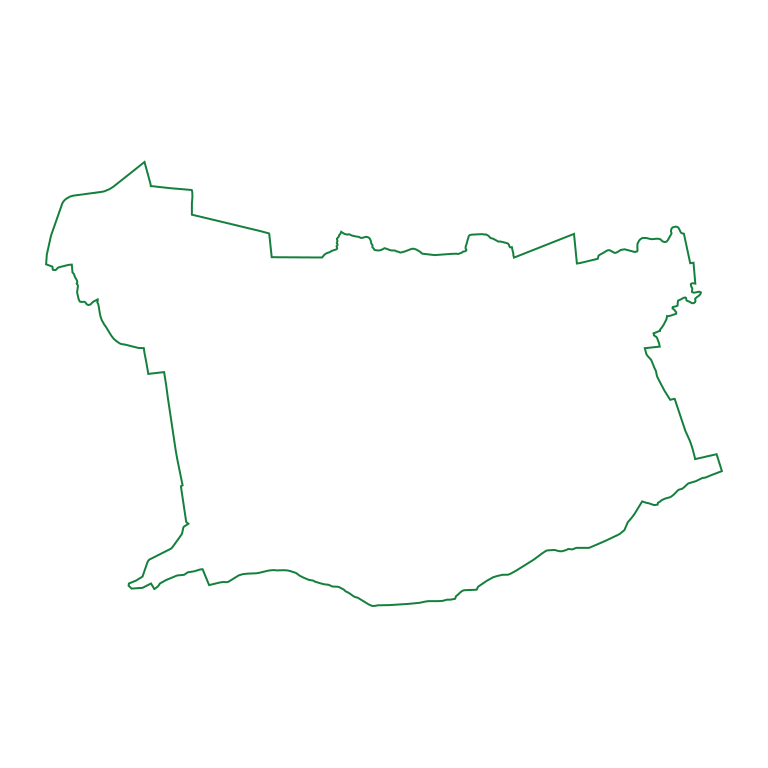 outline of Batar, Bihor, Romania
{"feature_id": "2599482B9759777687605", "entity_name": "Batar", "entity_type": "district", "adm_level": 2, "iso_a3": "ROU", "parent_name": "Romania", "parent_adm1": "Bihor", "projection": "robinson", "projection_center": [21.802, 46.711], "detail": "fine", "context": "isolated", "style": "outline", "palette": "green", "viewbox_px": 768, "rotation_deg": 0, "n_neighbors": 0, "source": "geoboundaries", "source_scale": "gbopen_adm2", "svg_char_len": 6074}
<svg xmlns="http://www.w3.org/2000/svg" viewBox="0 0 768 768"><path d="M154.3,589.0L155.1,588.6L157.8,586.5L158.7,585.4L159.9,583.5L166.0,580.1L176.3,575.8L177.6,575.4L182.5,575.0L184.3,574.7L187.8,572.3L194.2,571.3L200.1,569.5L202.5,569.2L202.9,569.9L209.1,585.1L219.4,582.6L223.0,582.0L226.3,582.2L228.4,581.8L238.7,575.4L243.0,574.1L248.2,573.6L256.1,573.3L259.3,572.8L268.0,570.7L270.8,570.3L273.5,570.1L277.1,570.4L283.9,570.2L287.2,570.4L290.4,571.1L296.1,573.0L299.5,575.6L303.9,577.8L309.0,579.9L313.4,580.6L315.0,581.7L323.6,584.2L328.7,584.8L332.3,586.5L337.5,586.7L339.1,587.1L343.8,589.6L345.6,591.3L348.8,592.9L353.8,596.4L355.9,597.3L357.6,597.6L368.5,604.3L371.7,605.8L373.4,606.0L375.4,605.8L378.0,605.3L389.3,605.1L408.3,603.9L419.6,602.8L425.8,601.5L428.5,601.1L438.7,601.1L441.6,601.0L443.3,600.7L446.9,599.7L450.1,599.7L454.7,598.9L455.1,598.7L456.0,596.3L456.6,595.6L457.5,595.1L460.7,592.0L462.8,590.6L464.5,590.2L475.0,589.8L476.7,589.6L477.9,587.1L478.4,586.5L487.1,580.6L493.3,577.2L496.9,576.1L502.3,574.8L508.0,574.7L510.4,573.8L515.7,570.9L533.8,559.6L542.0,553.5L545.9,550.9L547.3,550.4L554.0,550.0L554.7,550.0L559.2,551.2L561.9,551.3L566.3,550.0L568.2,549.0L572.5,549.4L576.1,547.9L589.0,547.9L604.6,541.2L617.9,534.9L619.5,534.1L624.4,530.1L627.8,522.2L631.8,517.6L634.4,514.1L642.2,501.4L646.0,502.7L648.9,503.3L653.8,505.0L654.9,505.0L657.6,504.6L658.0,502.8L660.3,501.4L661.4,500.3L664.8,498.7L669.7,497.3L671.4,496.5L674.2,494.2L677.9,490.3L679.1,489.6L682.1,488.8L684.3,487.1L687.9,483.7L688.6,483.3L695.8,481.2L701.7,478.3L702.8,477.9L705.4,477.6L711.9,474.9L721.9,471.1L716.6,454.2L695.1,459.1L694.8,457.4L692.5,448.6L691.5,445.5L689.8,440.7L685.3,430.7L674.7,398.9L674.4,398.8L670.2,399.8L664.4,390.6L657.6,377.6L656.8,375.5L656.3,372.7L655.8,370.7L653.9,366.8L653.5,365.5L651.1,359.8L647.6,356.0L646.4,354.2L644.8,348.2L659.7,346.6L659.1,343.4L657.0,337.8L656.3,336.9L654.5,335.8L653.8,335.1L654.1,334.2L653.6,333.3L657.0,332.0L658.5,331.3L660.0,330.9L660.0,329.7L661.9,327.4L663.5,325.0L665.4,321.4L666.6,318.7L667.1,316.0L668.1,316.2L670.8,315.6L676.2,313.7L676.2,312.2L674.7,310.3L673.4,309.0L672.6,308.5L672.6,307.3L672.8,307.0L676.4,306.2L677.6,305.5L677.7,302.9L678.1,300.6L680.6,299.5L683.7,297.8L685.3,297.5L686.0,297.9L686.5,300.3L686.9,300.7L690.1,302.0L691.6,303.0L692.2,303.2L693.8,303.1L695.1,302.1L695.4,301.2L695.4,300.4L695.1,299.1L695.3,298.6L697.0,297.0L698.7,295.9L699.9,294.7L700.8,293.2L700.9,292.4L699.9,291.9L699.3,291.7L694.0,292.7L692.2,292.2L691.9,291.6L692.3,289.3L692.2,288.2L691.1,286.2L690.8,284.3L691.1,283.8L692.2,283.3L693.8,283.3L695.3,283.6L693.5,262.7L690.2,263.2L683.9,233.7L682.1,233.3L681.2,232.8L680.7,232.2L678.8,228.3L678.0,227.4L677.2,226.9L676.4,226.7L675.4,226.7L673.2,227.2L672.5,227.6L671.7,228.5L671.2,229.5L671.0,231.7L671.4,232.7L671.5,233.3L671.1,234.3L668.5,239.0L667.5,240.6L666.5,241.6L665.1,242.0L663.8,241.9L662.2,241.1L660.7,239.5L659.4,238.9L656.7,238.7L653.1,239.1L651.5,239.1L649.9,238.9L646.8,238.1L644.7,237.9L642.9,238.0L641.7,238.3L639.9,239.7L639.0,240.8L637.5,243.8L637.3,247.6L637.5,248.7L637.5,250.5L637.1,251.4L634.8,252.0L624.7,249.3L620.9,249.9L617.0,252.3L615.2,252.9L614.2,252.7L610.3,250.5L609.0,250.2L608.0,250.2L605.5,251.4L604.0,252.5L600.4,254.4L598.6,255.6L597.7,258.8L580.2,263.0L576.9,263.5L574.0,233.9L514.0,257.6L513.4,255.4L513.3,253.4L512.3,249.4L511.9,247.2L510.0,247.3L509.4,246.4L508.8,244.6L507.9,243.5L505.0,242.6L500.8,241.6L500.1,241.5L498.4,241.6L493.3,238.8L490.7,238.0L490.1,237.6L488.5,235.8L485.9,234.4L484.2,234.6L482.9,234.2L481.2,234.2L472.5,234.6L470.8,234.8L469.8,235.1L469.1,235.7L468.7,236.3L468.1,238.6L467.7,239.7L466.4,244.6L465.7,246.2L465.6,248.6L466.4,249.7L466.2,250.6L465.2,251.2L463.1,251.6L461.9,252.6L458.2,254.0L456.4,253.7L451.1,253.9L434.7,255.1L422.5,253.7L421.7,253.3L420.7,252.2L419.6,251.5L416.6,249.7L414.0,248.8L413.2,248.7L411.5,248.9L404.4,251.6L400.9,252.5L400.1,252.5L397.6,251.5L396.3,251.3L394.8,250.5L390.9,250.4L384.8,248.2L384.3,248.3L382.0,249.6L380.0,250.3L378.2,250.5L374.9,250.1L374.2,249.6L373.8,248.7L372.5,247.3L372.3,246.9L372.5,246.0L372.5,245.2L371.4,243.7L370.7,240.5L369.8,238.7L369.0,237.8L368.1,237.3L366.5,236.8L365.8,236.9L362.3,237.8L361.4,237.9L360.6,237.8L358.9,236.9L355.5,236.4L351.7,235.5L349.4,234.3L348.7,234.3L347.4,234.7L346.4,234.3L344.7,234.0L342.0,232.4L341.2,231.8L340.3,234.0L339.2,235.1L338.9,236.4L337.0,238.7L337.0,239.4L337.5,241.1L336.8,242.5L336.8,243.0L337.0,243.5L337.5,244.1L337.6,244.5L337.5,245.1L336.6,246.1L336.6,246.6L337.1,247.8L337.2,248.3L337.0,248.8L336.3,249.4L332.3,250.7L331.0,251.3L329.6,252.2L327.2,253.0L325.8,253.7L324.2,254.9L322.7,256.8L322.0,257.5L271.7,257.2L269.3,234.4L268.9,233.4L260.0,231.0L191.9,214.7L191.9,203.5L192.4,197.2L192.3,192.5L192.1,191.1L191.7,190.0L169.4,188.1L151.6,186.1L151.3,186.3L150.8,186.1L150.7,185.1L150.2,182.8L144.5,162.0L113.1,186.9L109.2,189.3L104.3,191.3L102.0,191.8L73.0,195.7L69.8,196.7L66.6,198.5L64.4,200.3L62.7,202.6L62.2,203.7L51.0,235.7L46.8,254.6L46.1,264.3L52.3,266.6L52.6,267.3L52.7,269.4L53.0,269.8L53.4,270.0L55.1,270.1L56.2,269.6L57.7,267.9L58.6,267.4L66.8,265.3L69.3,264.8L71.8,264.6L72.5,272.4L73.5,273.5L74.2,274.6L74.6,276.2L75.7,278.3L76.4,279.4L77.0,280.7L77.3,282.8L76.7,283.6L77.7,285.0L77.9,286.3L77.1,292.4L78.6,299.0L79.5,301.0L79.8,301.5L80.8,301.9L84.4,301.8L85.5,302.5L86.7,304.2L87.3,304.6L88.3,305.0L89.0,304.9L89.9,304.7L91.0,304.0L91.9,302.9L93.6,301.5L97.7,299.4L97.8,300.0L97.3,302.4L98.1,303.7L98.7,306.3L99.9,313.8L100.5,316.4L101.6,319.8L104.1,324.3L106.0,327.0L111.4,335.8L113.7,338.8L116.4,341.1L119.7,343.4L120.9,343.9L125.9,344.8L138.6,348.0L143.8,348.1L144.5,353.1L146.2,361.7L148.3,373.9L164.1,372.1L166.1,384.7L167.8,397.5L175.7,450.4L177.3,459.4L182.6,485.3L180.9,486.3L186.2,521.9L188.4,523.8L184.0,526.6L183.4,527.4L182.0,533.7L181.3,534.9L172.5,547.1L171.4,548.3L170.7,548.8L149.7,559.4L148.5,560.4L147.4,562.4L142.5,576.6L136.0,580.6L128.9,583.5L128.6,585.7L131.6,588.6L142.6,587.8L151.0,583.5L154.3,589.0Z" fill="none" stroke="#15803d" stroke-width="2"/></svg>